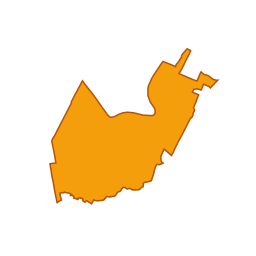 Macin, Tulcea, Romania (Mercator projection), rotated 111°
{"feature_id": "2599482B26463842882157", "entity_name": "Macin", "entity_type": "district", "adm_level": 2, "iso_a3": "ROU", "parent_name": "Romania", "parent_adm1": "Tulcea", "projection": "mercator", "projection_center": [28.155, 45.247], "detail": "fine", "context": "isolated", "style": "filled", "palette": "amber", "viewbox_px": 256, "rotation_deg": 111, "n_neighbors": 0, "source": "geoboundaries", "source_scale": "gbopen_adm2", "svg_char_len": 5537}
<svg xmlns="http://www.w3.org/2000/svg" viewBox="0 0 256 256"><g transform="rotate(111 128 128)"><path d="M100.2,187.4L102.4,187.8L104.8,187.9L109.0,188.6L111.2,188.7L115.3,189.4L123.9,190.3L125.2,189.8L156.7,193.3L161.9,193.8L162.7,194.0L163.6,194.3L164.1,194.4L164.6,194.4L165.0,194.5L166.8,194.6L168.3,194.0L169.0,193.6L171.4,192.0L176.3,188.9L180.2,186.5L185.3,183.5L186.5,182.8L188.1,185.8L189.3,188.0L189.7,187.8L190.4,187.4L191.2,187.0L192.6,186.2L194.2,185.1L195.2,184.6L195.9,184.2L196.4,183.8L197.4,183.4L198.3,182.9L200.5,181.6L200.8,181.3L201.4,181.0L203.0,179.9L203.9,179.3L207.9,176.9L212.1,174.4L214.7,172.8L217.2,171.3L219.2,169.9L222.7,167.8L222.9,167.5L223.1,167.3L221.2,166.2L219.2,164.3L215.4,167.0L214.3,167.6L213.2,168.2L212.3,167.0L212.2,166.7L212.2,166.2L212.1,165.9L211.9,165.5L211.7,165.1L211.5,164.8L211.3,164.6L211.2,164.6L210.9,164.7L210.7,164.6L210.6,164.4L210.7,164.1L210.7,163.7L210.7,163.4L210.7,163.1L210.5,162.4L210.1,160.5L210.0,160.0L209.9,159.4L209.9,159.0L210.0,158.1L211.7,157.5L211.4,156.8L210.5,156.8L210.6,156.1L210.7,155.5L210.8,155.4L211.3,154.8L211.5,154.5L211.6,154.2L211.9,153.7L212.0,153.2L213.0,153.2L212.8,152.5L212.7,151.7L212.6,151.1L212.7,150.8L212.7,150.4L212.9,149.6L212.0,149.5L212.1,149.1L211.3,149.0L210.7,148.8L210.7,148.6L210.7,148.4L210.6,147.8L210.6,147.7L210.6,147.0L210.6,146.9L210.0,146.8L210.2,145.8L210.5,144.7L210.8,144.7L211.0,144.7L211.1,144.4L211.5,144.5L211.6,144.4L211.6,144.2L211.8,144.2L212.1,143.9L212.4,143.7L212.4,143.2L212.7,141.5L212.3,141.3L211.5,141.1L210.9,140.8L210.8,140.7L210.7,140.6L210.8,140.2L211.0,139.1L211.3,138.1L211.4,137.2L211.8,134.8L211.2,134.7L207.3,134.2L207.4,133.9L207.5,133.2L207.6,132.8L207.6,132.6L207.5,132.4L207.4,132.3L207.3,132.0L207.2,131.5L207.0,131.1L207.0,130.9L207.0,130.7L206.9,129.9L206.7,129.7L206.3,129.3L206.2,129.2L205.9,128.2L205.6,127.8L205.4,127.5L205.3,127.3L205.2,126.9L204.8,126.1L204.7,126.0L204.5,125.9L204.2,125.6L204.1,125.4L204.1,125.0L203.9,124.8L203.6,124.8L203.4,124.7L203.2,124.4L202.5,124.6L202.4,124.6L202.2,124.6L201.9,124.4L201.7,124.2L201.6,123.9L201.4,123.8L200.9,123.6L200.7,123.6L200.3,123.6L199.9,123.4L199.6,123.2L199.3,122.7L199.3,121.9L199.2,121.3L199.1,120.9L199.0,120.4L198.9,120.2L198.8,119.8L198.6,119.5L198.4,119.4L198.0,118.9L197.8,118.5L197.5,118.1L197.2,117.6L197.1,117.4L197.0,116.7L196.9,116.5L196.7,116.3L196.2,115.9L195.6,115.6L194.5,115.2L193.2,114.9L192.5,114.8L191.9,114.8L191.7,114.7L191.1,114.1L190.8,113.7L190.5,113.2L190.3,113.0L190.1,112.8L189.6,112.6L188.8,112.2L188.4,112.1L188.2,112.1L187.5,112.3L187.3,112.3L187.2,112.3L186.8,111.9L186.4,111.6L186.2,111.5L185.9,111.5L185.6,111.5L185.4,111.5L185.2,111.5L185.1,111.4L185.1,111.1L185.1,110.8L185.0,110.6L184.9,110.2L184.7,109.1L184.7,108.9L184.8,108.7L185.0,108.2L185.1,107.8L185.3,107.0L185.3,106.9L185.2,106.7L184.5,105.8L184.1,105.3L183.9,105.0L183.8,104.7L183.8,104.2L183.9,103.7L183.9,103.1L184.2,102.1L184.2,101.9L184.2,101.5L184.1,101.4L183.9,100.9L183.7,100.8L183.5,100.7L183.6,99.8L183.5,99.5L183.2,98.9L182.9,98.5L182.7,98.4L182.6,97.7L182.2,96.5L181.9,96.1L181.2,95.1L180.9,94.9L180.3,94.9L179.8,94.7L178.7,94.0L178.1,93.6L177.8,93.3L177.6,93.0L177.4,92.8L177.2,92.8L176.4,93.2L176.0,93.4L175.2,93.4L174.9,93.5L174.6,93.7L174.4,93.9L173.9,93.6L173.2,93.2L172.8,93.0L172.7,92.8L172.6,92.5L172.2,92.0L171.6,91.2L171.4,90.5L171.2,90.1L170.9,89.7L170.3,89.0L169.9,88.6L169.6,88.2L169.3,87.9L169.2,87.6L169.1,87.4L168.9,87.4L168.2,87.3L167.8,87.3L167.6,87.3L166.8,87.4L161.1,87.7L160.1,87.8L159.0,88.1L157.1,88.2L156.0,88.4L155.3,88.4L151.9,88.2L151.6,87.5L151.2,86.0L150.9,85.5L150.6,85.1L150.2,84.8L149.8,84.3L149.5,83.9L148.6,82.8L148.3,82.6L148.2,82.6L148.0,82.8L148.0,83.2L147.9,83.9L147.7,84.2L147.4,84.7L146.5,85.5L145.7,85.9L144.6,86.3L144.0,86.6L143.3,86.9L142.5,87.0L141.6,87.1L140.9,87.1L138.3,86.9L135.0,86.7L134.8,86.7L135.7,84.1L137.8,78.4L138.1,77.5L137.6,77.4L137.0,77.4L136.6,77.3L136.0,77.3L135.2,77.1L133.9,77.0L133.5,77.1L133.4,77.1L132.7,77.0L131.0,76.9L130.7,76.9L128.9,76.7L128.3,76.7L126.4,76.5L125.7,76.4L125.1,76.3L124.2,76.3L123.5,76.2L121.9,76.1L120.8,75.9L114.9,75.1L96.2,73.1L96.2,72.9L95.8,72.5L94.5,72.0L92.9,72.0L90.9,72.4L89.7,72.5L89.3,72.2L88.3,72.2L87.5,72.2L87.3,72.2L87.0,72.5L86.7,72.9L86.3,73.2L85.6,74.1L78.0,73.8L77.9,74.1L71.7,73.9L71.5,80.7L68.6,80.6L66.8,77.8L66.7,76.8L66.4,74.8L66.4,73.3L60.0,73.1L60.3,67.3L61.1,65.5L58.4,64.4L51.3,61.4L51.4,61.6L51.5,62.0L51.9,64.0L52.0,65.2L52.0,65.6L52.0,66.0L51.9,66.6L51.5,67.9L51.4,68.5L50.8,70.1L50.7,70.4L50.4,72.0L50.4,72.9L50.5,73.8L50.7,75.2L50.8,75.8L50.8,76.2L50.4,77.2L49.8,79.1L49.4,79.7L49.5,79.9L49.6,80.0L49.9,80.1L53.2,80.2L55.2,80.3L59.5,80.4L59.5,80.5L59.5,85.7L59.4,88.9L59.2,93.1L59.1,96.6L58.9,99.9L58.2,99.8L57.0,99.5L53.3,98.9L44.9,98.2L40.2,97.7L37.1,97.4L35.4,97.3L33.8,97.0L33.6,97.1L33.2,97.5L32.9,101.2L37.5,102.9L40.7,103.9L41.1,103.9L41.3,103.9L42.3,103.6L42.6,103.5L44.3,103.8L44.6,103.9L47.3,104.4L49.9,105.1L50.2,105.3L51.1,105.6L51.3,105.7L52.1,105.7L52.8,105.8L53.0,105.8L53.7,105.6L53.4,110.2L53.4,111.1L53.4,119.2L56.1,120.0L67.4,122.5L72.3,123.5L80.9,124.0L83.6,123.7L87.5,122.2L90.8,120.9L96.1,116.2L98.5,112.5L100.6,109.8L102.9,108.5L104.9,108.0L106.7,108.6L107.8,109.9L108.5,112.1L110.6,118.5L111.1,122.8L111.1,123.0L111.7,127.5L111.8,128.2L113.4,134.0L114.1,135.4L115.5,138.0L118.2,141.2L122.2,144.6L123.8,147.0L124.3,148.9L123.4,151.3L116.4,162.0L113.3,166.4L109.2,172.7L106.5,177.3L105.5,179.0L102.3,184.3L100.2,187.4Z" fill="#f59e0b" stroke="#b45309" stroke-width="1.5"/></g></svg>